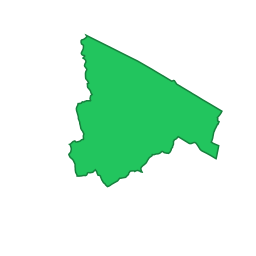 Straja, Suceava, Romania (orthographic projection), rotated 36°
{"feature_id": "2599482B93215952013067", "entity_name": "Straja", "entity_type": "district", "adm_level": 2, "iso_a3": "ROU", "parent_name": "Romania", "parent_adm1": "Suceava", "projection": "orthographic", "projection_center": [25.518, 47.9], "detail": "fine", "context": "isolated", "style": "filled", "palette": "green", "viewbox_px": 256, "rotation_deg": 36, "n_neighbors": 0, "source": "geoboundaries", "source_scale": "gbopen_adm2", "svg_char_len": 5729}
<svg xmlns="http://www.w3.org/2000/svg" viewBox="0 0 256 256"><g transform="rotate(36 128 128)"><path d="M213.9,93.5L211.8,89.0L209.3,89.6L206.1,90.3L203.7,90.5L203.4,89.3L202.8,87.3L202.4,86.3L201.7,84.9L199.9,81.1L199.5,79.0L199.2,78.8L199.1,77.6L198.9,76.1L198.2,72.2L198.6,72.1L198.0,69.4L196.5,69.6L196.0,68.9L195.7,68.9L195.5,68.5L195.2,67.7L194.2,67.1L194.5,63.4L194.4,60.9L194.1,59.2L179.9,60.5L172.1,61.3L165.3,61.8L159.3,62.4L158.3,62.4L153.0,62.9L148.5,63.3L141.6,63.9L137.8,62.5L137.0,62.7L135.9,64.4L127.8,65.1L119.4,65.9L116.1,66.2L113.3,66.4L102.9,67.5L96.3,68.2L89.3,69.4L77.8,71.3L69.7,72.6L43.9,76.9L39.7,77.6L40.3,77.9L40.9,78.4L41.1,78.6L41.1,78.8L41.0,79.2L40.8,79.9L40.5,81.0L40.2,81.9L39.5,83.1L38.8,83.9L38.7,84.5L38.8,85.0L39.0,85.3L39.7,86.3L40.5,86.9L41.0,87.3L41.4,87.3L42.9,87.3L43.2,87.3L43.5,87.5L44.4,88.8L44.9,89.6L45.2,90.2L45.4,90.8L45.5,91.4L46.0,94.2L46.3,95.0L47.1,95.5L47.7,95.7L48.1,95.7L48.3,95.7L48.7,95.6L49.1,95.5L49.9,95.1L50.4,95.1L50.7,95.3L50.8,95.7L50.7,96.4L50.4,97.5L50.5,97.9L50.6,98.0L51.1,97.8L51.7,97.7L52.1,97.9L52.9,97.8L54.0,98.2L54.7,98.8L55.2,99.5L55.3,100.3L55.5,101.5L56.0,102.9L56.6,103.5L57.6,103.8L60.0,104.6L60.4,105.0L60.6,106.0L60.7,107.0L61.1,108.1L61.6,109.0L63.6,111.6L64.7,112.8L65.7,113.2L67.2,113.5L68.7,114.1L69.8,114.9L69.0,116.0L69.1,116.3L69.8,116.8L70.8,118.2L71.5,118.8L71.8,118.9L72.6,119.1L73.8,119.4L75.2,119.8L75.9,120.1L76.5,120.6L77.1,121.0L77.3,121.2L77.6,121.4L78.1,121.5L78.7,121.8L79.3,122.1L79.1,122.6L79.0,123.0L78.9,123.6L78.9,123.9L78.9,124.1L79.4,125.1L79.7,125.8L79.8,126.1L80.2,126.7L80.7,127.0L81.1,127.5L81.6,127.7L81.7,127.8L81.7,128.0L81.0,128.5L80.5,128.8L80.1,129.2L79.7,129.5L79.0,129.9L78.5,130.3L78.2,130.8L77.7,131.6L77.4,131.9L77.3,132.1L77.2,132.5L77.0,132.9L76.8,133.0L76.5,133.3L76.1,133.4L75.9,133.6L75.7,133.7L75.6,133.9L75.6,134.6L75.6,135.4L75.5,135.5L75.4,135.4L75.3,135.5L75.2,135.6L75.0,136.1L74.9,136.3L74.7,136.3L74.4,136.5L74.1,137.0L73.6,137.4L73.3,137.5L73.3,137.8L73.5,138.1L73.8,138.8L74.1,139.8L74.2,140.9L74.4,141.6L74.6,142.2L74.9,142.8L75.4,143.3L75.8,143.8L77.0,144.8L77.7,145.3L79.1,146.4L80.4,147.4L81.3,148.2L81.9,149.0L82.2,149.4L82.6,149.8L83.9,150.6L85.0,151.3L85.7,151.9L86.4,152.8L87.8,153.9L88.5,154.5L90.0,156.0L91.5,156.8L92.6,157.1L93.2,157.3L93.6,157.5L93.9,157.7L94.7,158.2L95.1,158.3L95.5,158.5L95.8,158.7L95.9,158.9L96.1,159.7L96.3,160.3L97.1,161.5L97.6,161.9L97.8,162.3L98.3,162.8L98.5,162.9L98.6,163.1L98.6,163.5L97.8,164.1L97.6,164.5L97.4,164.8L96.9,166.6L96.8,166.8L96.7,167.1L96.2,167.7L95.6,168.5L95.2,168.9L94.8,169.4L94.3,169.8L94.1,169.9L93.8,169.9L92.6,169.7L92.0,170.6L91.6,171.0L91.5,171.4L91.3,172.2L90.9,174.7L90.7,175.1L90.4,175.5L90.6,175.5L90.9,175.6L91.4,175.8L91.8,176.1L92.4,176.5L92.8,176.9L93.4,177.2L93.9,177.7L94.2,178.1L94.7,178.7L94.9,179.1L95.6,180.7L95.7,181.1L95.8,181.6L95.7,182.5L95.6,183.9L95.7,184.2L96.4,184.7L96.8,184.9L97.4,185.2L98.1,185.5L98.4,185.7L98.9,185.8L99.5,185.8L100.8,185.9L101.5,186.0L101.9,186.1L102.5,186.2L103.0,186.5L104.0,187.0L104.7,187.4L105.4,187.8L106.3,188.3L106.8,188.8L108.0,190.5L108.6,191.1L108.9,191.4L109.6,192.4L110.1,193.0L110.7,193.6L111.8,194.7L113.1,195.3L113.6,195.6L114.3,196.0L114.8,196.5L115.1,196.8L115.3,196.6L116.4,195.9L116.9,195.5L117.1,195.3L118.2,194.4L118.9,193.7L119.4,193.1L120.0,192.5L120.4,192.1L120.6,192.0L121.2,191.8L121.6,191.5L121.8,191.1L122.1,190.5L122.1,189.7L122.0,189.3L121.9,189.1L121.8,188.6L121.7,188.3L121.8,188.1L121.9,187.8L122.1,187.5L122.5,187.2L123.3,186.7L123.7,186.4L124.0,186.2L124.3,185.7L124.5,185.6L124.8,185.3L125.2,184.9L125.4,184.6L125.6,184.3L125.6,184.1L125.7,183.4L125.8,182.8L125.8,182.6L126.0,182.1L126.1,181.0L127.1,181.3L127.3,181.4L127.6,181.4L128.1,181.7L128.3,181.8L128.6,181.9L128.9,182.1L129.1,182.3L129.5,182.7L129.8,182.8L130.9,183.5L131.4,183.8L131.7,183.7L132.5,183.3L133.0,183.1L133.5,183.0L134.0,183.2L134.5,183.6L135.3,184.1L136.4,184.8L137.5,185.5L138.1,185.6L138.8,186.0L139.5,186.3L140.6,186.7L140.8,186.7L141.5,186.6L142.4,186.7L142.5,186.8L142.9,187.1L145.8,187.5L146.4,186.7L147.0,185.6L147.9,183.0L149.5,179.4L150.6,177.1L150.7,176.7L150.7,175.4L150.8,174.2L150.8,173.6L151.0,173.4L151.2,173.2L151.8,172.7L152.3,172.2L153.3,171.1L154.9,169.5L155.1,169.1L155.2,168.7L155.2,168.0L155.3,167.4L155.5,166.7L155.6,166.0L155.6,165.6L155.6,165.0L155.3,164.4L155.1,164.0L155.1,163.6L155.2,163.1L155.1,162.3L155.1,161.8L155.3,161.5L156.1,160.7L157.3,159.7L157.8,159.4L158.4,159.0L159.0,159.2L159.6,157.9L160.8,156.6L162.1,156.2L163.0,155.9L163.8,156.0L164.2,155.7L165.1,155.5L165.3,155.4L165.0,155.2L164.4,155.0L163.3,154.3L162.3,153.4L162.1,152.9L161.9,152.1L161.9,151.5L162.1,150.2L162.2,149.5L162.7,148.1L163.1,146.1L163.2,145.2L163.1,144.7L162.8,142.5L162.7,140.8L162.7,139.9L162.7,139.3L162.8,139.0L163.2,137.9L163.7,136.5L163.7,136.2L163.3,135.2L163.7,135.0L164.5,134.5L165.0,134.0L165.4,133.3L165.8,132.8L166.4,132.1L167.0,131.7L167.6,131.1L168.2,130.3L168.8,129.0L169.0,127.9L169.3,126.9L169.5,126.8L170.8,126.5L171.6,126.7L171.9,126.6L174.1,125.6L175.2,124.9L175.7,124.7L176.1,123.1L176.1,122.1L175.9,121.2L175.8,120.2L175.7,120.0L175.3,119.5L175.2,119.2L175.3,118.8L175.3,117.9L175.3,117.2L175.2,117.0L175.0,116.9L174.7,116.5L174.6,115.9L174.6,115.3L174.4,114.6L173.5,113.2L172.9,112.5L172.6,112.1L172.7,111.3L172.4,110.3L172.7,109.8L173.1,109.2L173.3,108.7L173.6,107.3L173.7,105.5L186.5,104.5L186.8,104.4L187.3,104.2L187.7,103.9L188.3,103.4L189.7,101.2L190.1,100.8L190.8,100.4L191.3,100.3L191.6,100.3L192.4,100.4L193.9,100.9L195.8,101.6L198.9,102.9L200.5,103.1L201.7,103.0L206.6,102.2L210.5,101.7L212.5,101.5L215.1,101.3L217.3,101.1L217.2,100.7L215.6,97.2L214.7,95.3L213.9,93.5Z" fill="#22c55e" stroke="#15803d" stroke-width="1.5"/></g></svg>